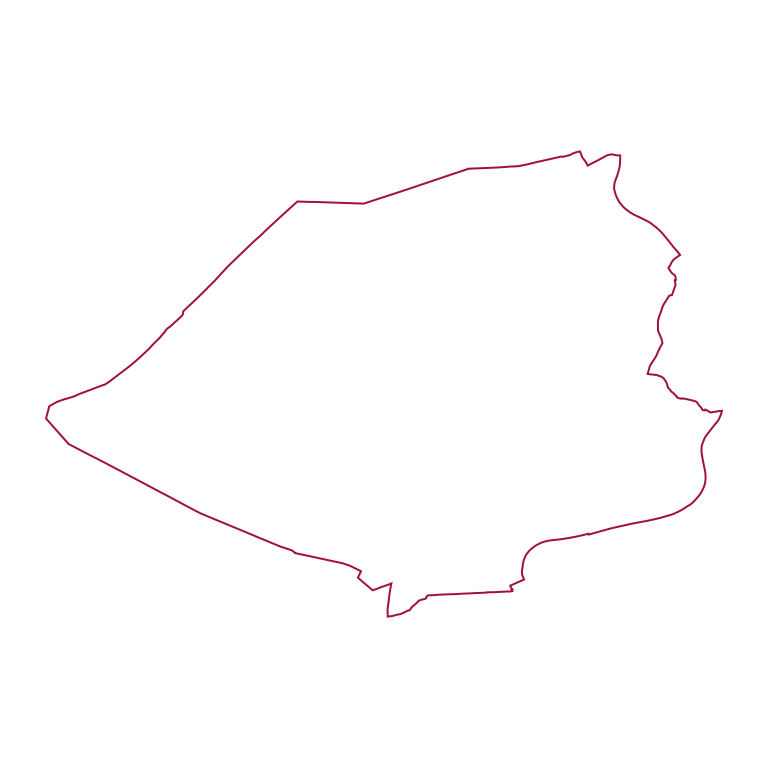 Heerde, Gelderland, Netherlands (Equal Earth projection)
{"feature_id": "6326949B25079542820913", "entity_name": "Heerde", "entity_type": "district", "adm_level": 2, "iso_a3": "NLD", "parent_name": "Netherlands", "parent_adm1": "Gelderland", "projection": "equal_earth", "projection_center": [6.06, 52.406], "detail": "fine", "context": "isolated", "style": "outline", "palette": "rose", "viewbox_px": 768, "rotation_deg": 0, "n_neighbors": 0, "source": "geoboundaries", "source_scale": "gbopen_adm2", "svg_char_len": 6065}
<svg xmlns="http://www.w3.org/2000/svg" viewBox="0 0 768 768"><path d="M620.2,155.4L617.1,155.4L614.6,154.9L611.6,154.3L609.6,154.7L607.1,155.3L599.7,159.3L598.4,160.1L595.9,161.4L595.4,161.5L587.8,165.6L585.1,161.0L582.4,157.5L581.9,156.6L581.1,154.0L579.9,151.4L578.6,151.8L577.6,151.8L572.6,153.5L571.9,153.9L570.4,154.9L564.0,156.6L563.1,156.8L561.5,156.5L561.0,156.6L541.2,161.1L538.3,161.7L527.1,164.4L518.2,166.2L512.4,166.5L509.6,166.6L500.8,167.3L489.0,167.9L468.8,168.7L452.8,174.0L407.5,189.3L396.6,192.9L373.8,200.3L363.9,203.6L315.9,202.0L309.4,201.9L297.4,201.5L290.3,207.9L286.0,211.8L278.7,218.5L276.6,220.4L265.4,230.8L259.6,236.4L255.0,240.4L249.9,245.2L228.2,266.1L219.6,275.3L218.6,276.7L218.2,276.9L216.5,278.8L213.9,281.6L208.1,287.3L203.5,292.0L196.1,299.2L192.5,302.6L186.2,308.4L184.0,310.6L183.4,311.2L183.2,311.7L183.1,312.0L183.1,313.4L183.0,313.8L182.9,314.2L182.7,314.6L182.4,315.1L181.8,315.8L179.3,318.3L176.3,321.0L175.0,322.1L173.9,323.1L172.2,324.8L170.4,326.2L169.6,327.0L167.3,328.6L166.5,329.3L165.3,331.0L164.7,331.9L159.5,338.0L153.9,343.5L152.4,345.1L149.4,348.4L141.0,356.3L138.5,358.6L136.0,360.8L133.3,363.1L130.5,365.4L127.6,367.7L120.1,373.4L108.4,382.3L105.3,384.3L99.7,386.3L79.1,394.1L74.1,396.4L68.6,398.1L63.9,399.4L56.9,401.9L56.5,402.1L49.3,406.2L48.8,408.1L46.2,417.9L46.1,418.6L68.6,444.0L69.1,444.3L87.5,453.9L104.9,462.8L128.4,475.2L142.0,482.4L144.7,483.8L148.8,486.0L159.5,491.7L163.0,493.5L167.0,495.6L173.0,498.8L183.3,504.3L185.9,505.7L197.8,512.0L201.8,513.9L222.7,522.6L228.8,525.1L244.2,531.5L259.9,538.1L265.3,540.3L265.6,540.4L272.7,543.4L279.4,546.1L280.4,546.6L282.5,547.3L283.9,547.6L285.3,548.2L285.8,548.2L285.9,548.3L286.0,548.4L289.1,549.4L291.7,550.3L292.1,550.5L292.3,550.8L295.0,552.7L295.8,553.1L295.7,553.2L342.7,563.3L343.0,563.4L346.9,564.7L348.6,565.3L349.6,565.6L360.0,570.7L361.0,571.2L359.1,575.3L357.9,577.6L362.4,581.6L365.6,584.3L372.7,590.3L372.9,590.3L374.6,589.6L376.2,589.1L377.0,588.8L380.2,587.5L381.4,586.9L383.9,586.3L385.1,585.8L390.7,583.8L391.3,583.5L390.3,589.0L389.2,596.2L388.9,599.6L387.7,608.0L387.6,609.3L387.5,610.3L387.6,611.9L387.8,616.6L389.2,616.4L391.6,616.1L392.7,615.9L394.5,615.4L396.1,614.9L398.4,614.5L400.3,614.1L401.5,613.7L402.3,613.3L404.5,612.3L407.3,610.9L407.8,610.7L409.0,610.4L409.7,610.1L410.1,609.7L410.6,609.0L411.4,607.6L411.9,607.0L412.5,606.5L414.2,605.1L416.8,602.8L418.0,601.6L418.6,600.9L419.3,600.5L420.8,599.9L424.1,599.1L425.7,598.6L426.1,598.3L426.1,598.1L426.1,597.5L426.9,596.5L427.5,595.5L427.8,595.4L429.4,595.3L430.0,595.3L432.5,595.2L439.1,594.7L448.4,594.3L456.1,594.1L463.5,593.6L467.4,593.5L470.1,593.4L474.4,593.1L482.8,592.8L487.4,592.5L487.4,592.3L488.1,592.3L494.2,592.2L507.2,591.5L509.7,591.6L512.3,591.0L511.5,589.6L512.3,589.3L511.7,588.7L510.8,587.0L510.2,585.7L520.3,581.2L524.1,579.5L522.8,576.4L522.3,574.9L522.1,573.9L522.0,572.8L522.0,571.4L522.2,569.1L522.6,566.6L522.9,564.3L523.4,561.8L523.6,560.6L524.0,559.5L524.9,557.3L525.4,556.1L526.0,555.0L526.9,553.7L528.3,551.9L529.4,550.7L530.5,549.6L531.7,548.6L534.1,546.7L535.1,545.9L536.2,545.3L537.6,544.5L540.9,542.9L542.5,542.3L545.7,541.3L547.4,540.9L551.1,540.3L554.8,539.9L558.8,539.5L562.4,539.0L569.9,537.8L573.6,537.1L577.2,536.4L580.8,535.6L584.6,534.7L588.3,533.7L588.6,534.6L600.1,531.4L610.2,528.6L615.2,527.4L621.0,526.1L631.4,523.8L641.8,521.8L646.4,521.0L654.3,519.3L660.6,517.8L663.7,516.9L671.2,514.7L672.8,514.2L674.2,513.6L675.9,512.8L678.5,511.6L681.0,510.3L685.2,507.7L687.2,506.4L690.6,504.4L693.2,502.1L695.5,499.7L697.6,497.3L699.5,495.0L700.7,493.1L702.1,490.8L703.2,488.4L704.2,486.2L704.8,484.0L705.3,481.4L705.6,479.3L705.5,475.0L705.3,472.9L705.0,470.6L704.5,468.4L703.1,461.6L702.1,456.1L701.7,453.6L701.5,451.3L701.5,449.0L701.6,446.7L701.8,445.6L702.3,444.1L703.7,440.4L704.7,438.1L705.8,436.1L712.7,427.2L714.6,424.8L716.6,422.4L718.3,420.3L719.0,418.9L720.1,416.5L721.0,414.3L721.9,410.8L718.9,411.1L710.7,412.5L708.5,411.3L706.6,410.1L705.6,409.7L705.6,410.1L705.3,410.3L703.1,410.2L702.4,409.9L702.0,408.9L701.7,408.4L700.7,407.1L699.1,405.4L697.7,403.5L697.6,403.2L696.8,402.1L696.1,401.6L694.3,401.0L691.0,400.1L690.6,400.0L689.3,399.8L687.6,399.3L685.8,399.0L684.6,398.7L684.3,398.6L683.6,398.6L682.6,398.4L682.1,398.4L681.9,398.7L678.7,398.2L676.4,396.9L676.4,396.7L676.7,396.4L675.7,395.4L674.9,394.8L674.0,393.9L673.8,393.6L673.8,393.4L671.9,392.0L671.6,391.9L671.3,391.7L670.8,391.1L670.6,390.8L670.2,389.9L669.8,389.4L669.0,388.7L668.1,387.8L667.8,387.1L667.7,386.9L667.8,386.7L667.5,386.1L667.2,384.9L666.9,383.8L666.2,382.0L666.2,381.8L665.9,381.4L665.5,381.0L664.6,379.8L664.2,379.0L663.8,378.5L663.1,377.9L662.8,377.6L661.2,376.7L660.3,376.3L658.2,375.6L657.6,375.3L657.3,375.1L647.7,374.0L647.9,372.8L648.2,372.0L649.6,366.9L650.1,365.5L650.3,365.1L651.1,363.9L654.2,359.3L655.7,356.8L656.4,355.6L658.1,351.5L658.5,350.7L659.4,348.8L660.7,346.2L662.1,343.9L662.4,343.2L662.4,342.7L662.0,341.3L661.9,341.0L661.9,340.4L661.9,340.2L661.8,339.8L660.1,335.6L658.0,330.7L657.9,321.8L658.4,319.1L659.1,316.7L660.0,314.1L660.7,312.5L661.0,311.6L661.6,309.7L662.7,306.5L663.1,305.5L663.9,304.0L666.5,300.0L667.9,297.7L668.5,296.8L669.1,296.0L670.0,295.4L672.0,295.0L675.3,285.6L675.5,284.6L675.5,283.9L674.7,280.2L674.8,280.0L675.0,279.8L675.9,279.8L675.6,277.8L675.4,276.6L675.3,276.1L675.1,275.8L674.8,275.3L672.9,273.9L671.7,272.9L671.2,272.3L669.8,270.1L669.5,269.8L668.5,267.8L668.9,266.8L669.3,266.5L669.9,265.9L671.1,263.3L671.2,262.9L673.5,259.8L674.0,259.3L677.4,256.8L677.9,256.5L680.1,254.9L675.5,249.3L673.6,247.2L671.0,243.9L668.2,240.4L662.1,233.0L659.9,230.8L656.4,227.5L654.0,225.7L651.4,223.7L648.4,221.7L646.5,220.7L644.1,219.5L640.9,217.9L634.2,214.8L630.1,212.4L625.8,209.2L623.3,206.9L621.4,204.7L619.9,202.9L619.4,202.2L617.6,199.0L617.0,197.8L616.4,196.5L615.5,194.1L614.2,189.3L614.1,188.0L614.2,186.5L614.3,184.5L614.6,182.9L614.9,181.8L615.8,179.2L617.3,175.3L618.0,172.9L618.7,170.6L619.5,167.4L619.8,165.5L620.2,159.5L620.2,155.4Z" fill="none" stroke="#9f1239" stroke-width="2"/></svg>